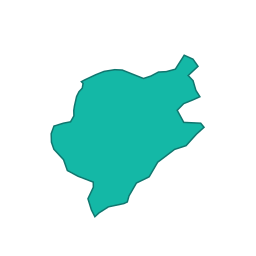 outline of Faleia, Paphos, Cyprus, rotated 212°
{"feature_id": "46923920B65906378880060", "entity_name": "Faleia", "entity_type": "district", "adm_level": 2, "iso_a3": "CYP", "parent_name": "Cyprus", "parent_adm1": "Paphos", "projection": "mercator", "projection_center": [32.588, 34.857], "detail": "fine", "context": "isolated", "style": "filled", "palette": "teal", "viewbox_px": 256, "rotation_deg": 212, "n_neighbors": 0, "source": "geoboundaries", "source_scale": "gbopen_adm2", "svg_char_len": 851}
<svg xmlns="http://www.w3.org/2000/svg" viewBox="0 0 256 256"><g transform="rotate(212 128 128)"><path d="M89.4,64.9L91.2,71.0L91.7,85.8L84.2,97.8L84.7,114.7L77.2,134.5L69.4,143.8L66.7,159.1L63.9,168.9L68.9,170.6L83.7,162.3L95.7,169.1L93.7,178.2L87.9,186.2L83.6,192.6L90.4,195.9L97.9,202.6L104.8,204.4L101.3,217.4L109.4,220.8L118.9,219.5L118.9,216.1L119.0,207.5L119.0,203.0L125.4,196.1L131.8,191.6L136.1,184.2L141.1,178.2L151.5,176.3L163.6,174.1L170.2,170.4L178.3,163.3L183.6,156.1L190.1,146.0L192.1,142.6L189.7,142.0L187.9,137.5L188.8,132.8L188.3,127.5L185.0,118.1L183.3,114.2L180.3,109.6L180.0,102.8L185.4,97.8L191.8,90.4L190.1,82.4L185.4,75.4L179.6,70.7L165.9,67.0L156.9,59.8L144.8,60.6L128.8,63.7L126.0,59.4L124.5,46.8L115.7,39.2L109.1,35.2L107.6,40.7L102.8,50.8L91.4,61.8L89.4,64.9Z" fill="#14b8a6" stroke="#0f766e" stroke-width="1.5"/></g></svg>